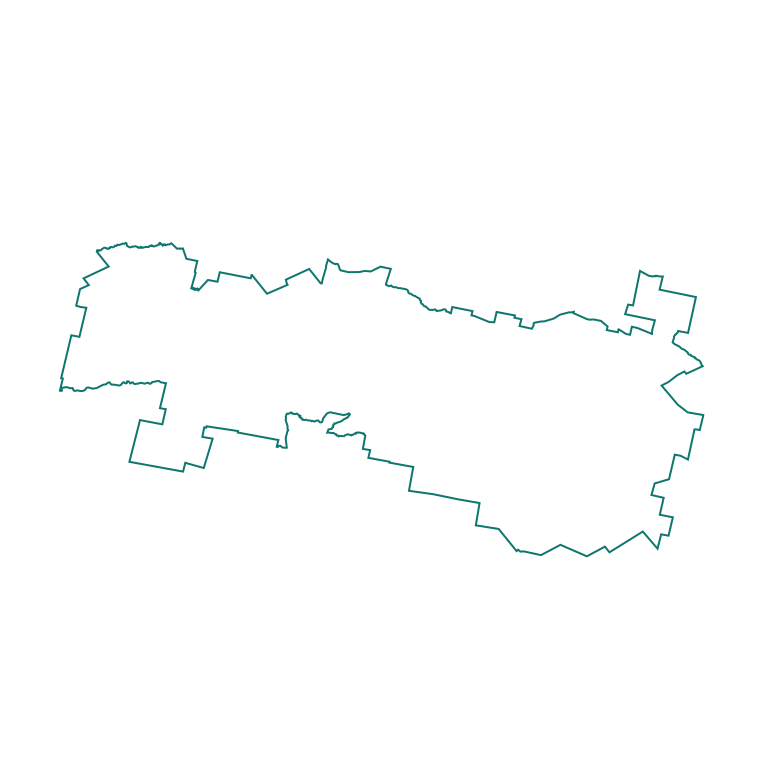 outline of Cloncurry, Queensland, Australia, rotated 278°
{"feature_id": "25037944B6261933942264", "entity_name": "Cloncurry", "entity_type": "district", "adm_level": 2, "iso_a3": "AUS", "parent_name": "Australia", "parent_adm1": "Queensland", "projection": "equal_earth", "projection_center": [140.518, -20.699], "detail": "fine", "context": "isolated", "style": "outline", "palette": "teal", "viewbox_px": 768, "rotation_deg": 278, "n_neighbors": 0, "source": "geoboundaries", "source_scale": "gbopen_adm2", "svg_char_len": 6110}
<svg xmlns="http://www.w3.org/2000/svg" viewBox="0 0 768 768"><g transform="rotate(278 384 384)"><path d="M513.5,680.8L515.8,643.8L529.3,645.1L528.8,641.9L529.1,639.2L528.5,638.3L528.9,637.9L527.9,635.2L528.0,631.2L531.6,621.8L496.5,619.7L496.6,614.7L486.7,613.1L484.8,643.4L474.7,642.1L470.9,642.4L474.7,627.3L475.2,621.5L467.0,620.8L467.2,616.9L470.7,609.0L470.7,608.6L467.8,608.4L468.4,597.1L472.0,597.4L476.7,590.1L477.1,582.6L476.3,578.6L476.5,575.9L480.5,561.8L481.9,561.9L480.9,559.2L480.8,557.5L477.2,548.7L472.5,543.1L468.4,534.2L467.6,530.3L465.5,524.1L464.2,523.7L462.8,524.0L459.3,522.7L460.3,510.2L467.3,511.1L467.7,504.0L470.1,504.2L471.0,485.5L460.5,484.6L460.0,479.7L464.0,463.9L464.1,461.1L468.5,461.5L469.7,440.9L463.3,440.4L463.7,438.7L464.2,438.2L464.5,435.5L465.4,435.3L466.4,434.2L466.3,432.7L464.8,430.2L463.9,426.9L463.5,426.4L463.6,425.9L464.8,424.8L464.9,423.8L464.1,421.9L463.8,418.4L466.6,414.5L466.5,413.1L468.2,411.5L468.7,410.1L470.0,409.0L471.5,409.1L472.1,408.0L473.6,407.4L474.2,405.3L475.4,402.7L475.7,400.8L477.1,397.8L477.2,396.3L477.9,395.4L479.7,394.8L480.7,393.4L481.1,390.6L480.9,389.2L481.2,387.0L480.9,384.6L481.6,382.2L481.2,380.7L481.5,378.8L482.5,377.5L482.1,377.0L481.5,375.1L482.0,374.4L482.3,372.5L483.1,372.0L499.0,374.7L499.7,364.2L493.6,355.2L493.3,349.3L491.4,343.8L489.8,333.4L490.5,325.2L491.5,324.1L493.5,323.4L496.3,321.6L496.4,319.9L495.9,319.3L496.3,317.3L497.3,314.8L499.5,311.2L492.5,310.1L491.7,310.5L479.5,308.7L474.9,308.4L475.0,307.1L487.5,293.9L473.7,272.4L470.5,273.5L468.8,274.7L457.1,255.6L473.6,238.0L473.5,237.7L470.1,237.3L471.8,205.8L462.1,204.9L462.5,195.2L450.8,187.1L451.1,186.4L451.9,186.5L451.5,185.4L452.0,185.8L452.4,185.6L451.9,184.8L452.3,183.1L451.6,183.0L451.9,182.4L451.3,182.0L451.6,181.5L452.1,181.4L452.0,180.8L452.3,180.9L452.4,181.6L452.7,181.4L452.2,179.9L467.9,182.0L468.7,181.0L479.8,182.0L480.5,170.9L490.2,166.0L489.8,165.3L490.0,164.5L489.4,162.7L489.7,162.3L489.2,160.2L493.8,153.8L492.4,152.3L492.2,150.6L491.5,149.4L491.0,148.1L491.1,147.6L491.6,147.6L491.5,146.9L490.6,146.0L491.4,145.9L491.0,144.7L492.4,142.9L492.5,142.2L491.8,141.9L491.2,142.7L490.9,142.5L490.7,141.1L489.6,140.3L489.3,138.9L488.3,137.6L488.3,135.2L488.9,135.1L489.0,134.6L488.4,133.9L488.5,133.4L487.8,132.4L487.0,132.0L486.4,128.5L485.4,126.3L486.0,124.1L485.6,123.8L485.1,124.1L485.1,123.1L484.6,122.3L485.3,121.5L485.1,120.7L485.6,120.0L485.8,118.2L485.0,116.5L485.0,115.4L484.2,114.3L484.0,113.1L485.0,110.3L487.6,109.3L487.8,108.6L486.7,107.5L486.6,105.5L484.7,102.3L484.8,100.6L483.5,99.8L483.3,99.2L483.6,98.6L483.5,98.3L482.2,97.5L481.5,96.0L481.8,94.9L481.5,94.0L481.2,93.7L480.4,93.7L480.1,93.2L480.1,92.4L479.5,92.2L479.4,90.8L480.1,89.7L480.0,88.0L478.3,85.8L476.9,85.0L476.7,81.9L476.4,81.3L476.1,81.3L476.0,82.2L475.7,82.5L474.8,81.4L462.0,95.0L446.8,71.8L440.9,77.9L435.7,69.8L418.7,68.3L418.0,72.9L418.1,78.6L388.3,75.8L388.7,67.6L344.8,63.5L344.7,65.2L332.3,64.0L332.3,65.7L332.7,66.1L334.6,65.0L335.3,65.4L336.6,69.6L336.6,71.7L336.1,73.5L336.6,76.2L336.3,76.6L334.9,77.1L334.1,78.3L334.2,79.3L335.0,80.9L334.8,84.7L335.0,86.1L336.3,88.7L338.0,89.4L339.1,90.4L339.4,91.9L338.8,96.2L340.0,100.0L344.1,105.9L345.1,108.8L346.7,110.2L347.3,111.3L347.3,112.2L345.8,113.6L345.5,114.3L345.8,117.1L345.6,122.0L346.5,123.6L349.1,125.1L349.5,126.3L348.7,127.4L348.8,128.7L349.5,129.3L350.7,129.2L351.0,129.7L350.9,131.0L349.3,132.6L349.4,133.2L350.4,134.1L350.7,134.9L349.5,136.3L349.3,137.7L349.9,138.9L350.1,140.6L350.7,141.3L351.4,143.5L351.0,146.9L352.4,149.9L351.6,152.1L352.4,153.6L353.2,153.7L353.6,154.2L355.6,159.9L355.5,161.1L354.6,162.6L354.6,165.2L354.3,166.8L354.5,168.0L328.9,165.5L328.7,171.4L313.2,170.1L314.3,147.4L271.5,142.7L269.3,197.2L278.3,198.2L275.7,217.2L306.0,221.9L306.3,211.5L316.0,212.0L315.9,214.0L317.4,214.2L317.1,246.0L315.6,246.0L313.8,287.2L306.9,286.5L306.7,287.3L308.2,288.7L308.3,289.2L308.3,290.0L307.0,292.2L307.1,295.8L307.4,296.6L316.6,294.2L323.6,294.9L324.9,295.6L326.0,294.7L328.8,294.4L334.7,291.6L336.3,291.8L337.9,291.2L341.0,291.9L341.3,293.8L342.9,295.8L342.8,296.4L341.8,297.3L342.1,298.1L341.9,298.5L341.9,300.4L342.6,301.9L341.9,302.8L341.6,303.9L340.7,304.2L340.8,305.6L340.1,305.8L339.2,305.4L338.5,307.4L338.1,307.3L337.7,308.5L337.3,308.4L337.2,310.0L337.8,311.7L337.3,313.5L337.6,316.0L337.5,316.6L337.0,317.3L337.5,318.4L337.1,320.4L338.5,322.6L338.7,323.5L338.6,324.2L337.7,324.9L337.2,325.9L337.2,326.9L337.9,328.0L341.6,328.6L347.1,331.8L348.5,334.7L347.6,348.3L348.8,351.4L349.7,352.7L350.0,353.6L349.2,354.4L345.6,352.6L345.5,351.9L344.3,350.6L343.7,349.4L341.1,346.9L338.8,342.3L338.2,341.8L338.1,340.5L337.5,340.4L336.9,339.6L336.2,339.3L335.7,339.7L334.1,339.6L333.7,338.8L332.3,338.4L331.3,335.3L327.9,334.6L328.3,336.6L328.1,337.6L328.4,341.1L327.5,342.9L327.5,343.8L326.4,344.3L326.3,344.9L326.5,345.6L325.8,346.6L326.3,347.0L326.5,347.9L326.7,351.6L328.1,352.9L329.2,355.5L328.6,358.9L329.1,359.1L329.3,360.2L330.6,361.6L330.8,362.9L331.6,362.8L332.3,364.2L332.1,364.8L332.6,366.8L332.2,368.2L332.3,370.4L332.0,371.0L331.3,371.0L331.2,371.7L330.2,372.7L316.8,372.1L316.6,379.5L308.7,378.8L307.8,400.4L306.9,400.3L305.9,424.5L281.7,423.6L281.7,448.3L280.1,473.6L279.4,495.2L256.8,494.6L256.4,517.8L237.0,538.5L238.6,539.8L237.0,542.3L237.7,545.8L236.4,563.3L249.3,581.1L241.6,608.9L253.7,625.4L248.7,630.7L273.9,660.8L259.0,677.8L273.7,679.4L273.4,686.9L292.2,688.6L292.9,675.3L310.2,676.8L311.3,664.3L323.2,665.9L329.4,679.5L354.5,681.8L354.2,687.8L351.5,695.5L382.3,697.8L382.5,700.5L382.3,703.1L397.2,704.5L397.7,704.5L398.2,688.6L404.4,677.8L421.1,659.1L425.7,665.6L433.5,673.2L438.2,679.7L436.2,681.9L446.0,697.1L447.4,695.7L449.8,694.4L451.1,693.0L452.0,690.0L452.9,689.1L452.9,688.4L453.5,688.3L453.8,687.7L454.7,684.2L455.5,683.7L455.7,683.2L455.5,682.2L455.7,681.7L456.3,680.9L457.4,680.5L459.8,676.4L460.3,673.9L462.4,671.1L462.4,670.3L463.3,668.5L463.6,666.9L465.3,664.1L467.9,664.3L469.5,664.8L471.5,664.6L473.4,665.5L473.9,666.4L475.0,666.8L475.9,667.8L477.4,667.9L476.9,678.0L513.5,680.8Z" fill="none" stroke="#0f766e" stroke-width="2"/></g></svg>